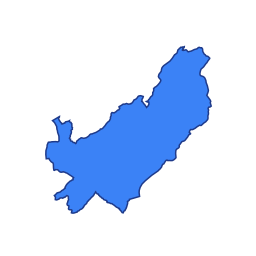 outline of Aquitania, Boyacá, Colombia, rotated 195°
{"feature_id": "7082276B52968134659257", "entity_name": "Aquitania", "entity_type": "district", "adm_level": 2, "iso_a3": "COL", "parent_name": "Colombia", "parent_adm1": "Boyacá", "projection": "robinson", "projection_center": [-72.858, 5.421], "detail": "fine", "context": "isolated", "style": "filled", "palette": "blue", "viewbox_px": 256, "rotation_deg": 195, "n_neighbors": 0, "source": "geoboundaries", "source_scale": "gbopen_adm2", "svg_char_len": 5809}
<svg xmlns="http://www.w3.org/2000/svg" viewBox="0 0 256 256"><g transform="rotate(195 128 128)"><path d="M99.1,64.9L100.5,68.3L101.0,70.7L100.9,73.8L99.9,77.6L97.6,81.6L92.8,88.5L87.8,94.4L87.5,95.2L86.9,95.9L86.9,96.1L86.2,97.1L85.8,98.3L85.4,99.2L85.5,100.2L85.1,101.7L84.9,102.1L84.2,102.5L83.3,105.5L82.8,106.6L82.0,107.1L81.1,106.8L80.1,107.2L77.8,107.7L76.6,108.1L75.4,109.3L74.2,111.1L74.0,111.9L75.4,115.7L76.0,118.8L75.5,120.2L74.1,121.7L73.7,122.3L73.6,123.3L74.0,124.4L73.9,125.2L73.5,125.8L72.5,128.6L72.1,129.0L70.6,129.9L69.9,130.6L69.2,132.0L68.9,133.0L68.7,133.3L68.1,134.7L67.5,137.1L66.4,138.1L66.1,138.6L66.3,139.1L67.1,139.2L67.7,139.6L67.7,141.0L67.3,142.4L67.0,142.8L65.6,143.0L64.8,143.5L63.1,145.1L61.5,147.2L59.6,149.2L58.2,149.3L57.8,149.6L56.5,151.7L55.6,153.0L54.6,154.0L53.3,156.7L53.2,157.3L53.3,158.3L54.0,160.4L53.9,162.2L54.2,163.5L54.7,164.3L54.8,166.3L55.5,167.1L55.7,167.9L55.5,168.9L54.1,169.6L53.3,170.7L55.1,173.7L55.0,175.2L55.8,176.2L60.3,179.9L60.0,182.9L60.0,184.4L60.1,185.2L62.2,189.2L64.4,192.3L64.9,193.7L65.5,194.6L66.7,196.1L67.5,196.7L68.9,197.2L71.0,197.3L71.7,197.5L72.3,198.3L72.7,199.5L72.8,202.0L72.7,203.7L70.8,206.6L69.3,210.6L68.8,211.3L68.1,213.7L67.1,216.1L67.1,216.6L67.7,216.9L68.4,217.4L69.5,217.9L71.2,217.8L72.3,218.7L73.5,219.1L75.6,221.3L76.4,223.6L77.6,224.6L78.8,224.2L79.8,224.4L80.4,224.2L81.0,223.8L81.5,222.7L81.8,222.5L82.2,222.1L84.2,221.0L86.9,218.6L87.8,218.2L89.5,217.2L89.8,217.2L91.8,218.5L92.6,218.4L93.2,217.9L94.8,217.2L95.5,217.2L95.6,217.8L95.0,218.1L94.9,218.3L95.6,218.9L95.6,219.6L94.8,219.9L94.6,220.5L94.7,221.1L95.5,220.5L96.3,220.4L96.9,219.9L97.9,219.7L98.2,218.9L98.9,218.4L99.3,217.3L100.0,216.3L100.0,213.7L100.2,212.9L101.9,210.7L102.0,210.7L103.3,206.7L104.6,203.9L104.9,203.3L109.6,197.5L110.3,196.2L110.8,194.8L110.8,193.4L110.6,191.4L112.0,187.9L112.0,185.7L111.7,185.2L111.2,184.6L109.0,183.1L108.6,182.4L108.6,181.9L109.0,180.1L110.5,176.9L111.6,175.2L112.0,174.9L112.8,174.0L113.0,173.3L113.5,172.9L112.9,171.0L112.9,169.7L113.3,168.8L112.9,167.1L112.8,166.3L113.2,165.2L114.1,164.0L114.6,162.6L114.7,161.8L114.8,161.5L115.3,161.0L115.7,159.5L116.1,159.0L117.1,158.4L116.2,158.1L114.7,158.4L114.3,157.6L114.0,156.4L114.3,154.6L115.4,152.7L115.8,153.2L116.8,153.9L118.1,155.1L118.9,155.4L120.8,157.1L121.6,157.2L121.6,158.2L121.9,159.4L121.4,161.0L121.4,162.4L124.1,162.5L125.8,161.8L126.1,161.3L126.5,161.0L126.8,159.8L127.6,158.3L128.0,157.8L129.5,156.6L129.9,154.8L131.0,152.5L131.5,152.5L132.3,151.6L133.1,151.5L133.8,151.1L135.8,151.3L137.2,150.2L138.0,150.1L139.0,149.7L140.3,148.1L142.2,146.3L141.7,145.3L141.1,145.1L141.1,144.6L141.5,143.2L142.6,142.6L143.3,141.5L143.6,140.8L144.4,140.1L144.9,139.3L146.0,138.9L147.4,138.8L147.6,138.6L148.0,137.2L147.5,135.8L147.8,133.8L147.5,133.1L147.4,132.3L147.9,129.9L148.7,129.0L150.0,126.7L150.7,124.5L152.5,120.9L153.6,120.0L154.4,119.9L154.7,118.7L157.6,115.6L160.3,113.7L161.0,113.1L162.5,112.5L163.2,111.6L163.8,110.2L164.3,109.5L165.8,107.8L168.0,106.6L170.4,106.5L170.9,106.3L171.3,105.6L172.4,104.6L173.0,103.5L173.9,102.4L174.1,101.8L174.1,100.5L174.4,99.5L174.6,99.4L176.0,100.1L177.2,99.8L178.6,100.8L179.8,100.6L180.5,101.4L180.6,102.3L181.4,102.4L181.9,102.8L181.9,103.5L181.5,104.7L181.9,105.8L181.6,106.8L181.8,107.4L181.5,107.9L181.6,109.6L182.2,110.4L182.4,111.0L182.3,111.3L181.4,112.2L181.8,113.6L181.8,114.1L182.5,114.4L182.7,115.6L183.2,116.6L183.2,117.4L183.9,117.6L184.2,118.3L184.7,118.7L186.0,118.8L186.5,119.6L186.5,119.9L187.3,119.1L189.9,117.8L190.4,116.8L190.4,116.3L191.0,116.2L191.9,115.3L192.9,114.8L193.2,114.9L193.3,115.5L194.5,116.0L196.6,117.9L197.4,118.9L197.6,119.5L197.1,120.7L197.2,121.3L202.8,115.6L200.3,114.2L197.3,111.0L196.3,108.4L195.5,107.2L194.8,105.5L193.0,102.9L192.5,101.9L191.3,97.8L191.5,97.2L192.3,96.4L194.1,96.2L195.4,95.8L198.2,94.9L199.9,94.0L200.6,94.0L201.3,93.5L201.7,90.6L201.3,88.8L201.4,84.9L200.5,81.1L199.0,77.1L196.5,78.1L195.7,77.1L193.5,75.5L191.4,74.8L190.8,73.9L189.6,70.1L188.7,68.1L188.3,68.0L187.9,68.2L187.7,68.4L187.4,69.0L185.1,69.5L183.6,68.5L183.1,68.4L182.2,67.9L181.3,68.0L180.2,68.3L179.3,69.0L178.9,69.0L178.5,68.8L177.6,69.0L176.9,68.7L175.2,68.6L172.3,67.6L170.3,67.0L167.7,66.0L168.1,65.0L167.7,64.1L167.8,63.6L168.8,63.2L169.1,62.5L170.1,61.8L171.9,59.0L172.7,57.4L173.5,54.3L173.1,53.7L174.8,51.3L175.7,50.5L176.5,49.2L177.2,48.4L179.1,47.3L179.8,46.8L180.9,44.6L181.7,43.8L181.0,43.1L180.2,42.5L179.7,40.0L178.5,40.0L177.6,40.5L176.0,41.8L175.8,42.4L175.4,42.8L173.8,43.4L172.8,43.3L172.4,43.9L171.6,44.7L171.2,44.6L170.9,44.9L169.6,46.9L168.6,46.8L167.8,46.2L167.5,44.8L166.8,43.3L167.1,42.2L167.1,40.4L167.3,39.3L167.1,38.6L166.9,38.1L166.2,37.6L165.0,37.5L164.8,36.9L164.6,34.5L164.3,34.2L163.6,33.9L161.3,34.3L161.1,34.2L160.7,33.5L160.8,31.7L160.7,31.4L159.2,31.5L158.0,32.0L155.3,33.7L155.3,34.3L155.1,34.6L154.0,35.3L153.2,36.7L152.7,37.2L152.1,37.5L151.1,38.7L150.9,39.5L150.5,39.8L150.6,40.5L150.2,41.1L150.1,42.0L148.5,44.3L148.2,46.2L147.9,46.9L147.4,47.3L147.3,48.1L146.8,48.6L146.5,49.3L146.2,49.6L145.3,51.7L145.1,51.8L144.1,53.3L143.9,54.0L143.5,54.8L143.5,55.7L142.8,56.9L142.9,57.5L142.7,57.9L142.2,57.2L141.0,56.7L140.6,56.3L139.7,56.5L139.4,56.4L138.7,55.4L137.9,55.2L137.2,54.5L136.1,54.3L135.0,53.5L133.9,53.5L133.1,52.6L131.2,52.4L130.2,52.4L130.0,52.2L129.4,52.0L129.1,51.7L129.3,51.1L128.8,50.7L128.1,50.8L128.0,50.7L126.8,50.9L124.9,50.5L123.9,50.8L122.9,50.3L121.3,49.8L118.8,48.6L117.0,48.3L116.2,47.8L115.8,48.1L115.4,48.0L115.0,47.0L113.7,46.4L113.0,45.8L112.9,45.6L111.6,44.7L110.6,44.9L110.6,46.2L110.3,46.8L109.5,47.5L109.6,47.9L109.0,49.8L109.0,50.9L108.8,51.4L108.9,52.3L108.8,54.8L109.2,56.6L109.5,56.9L109.4,57.1L108.6,57.7L108.2,58.3L108.0,58.8L108.2,59.4L99.1,64.9Z" fill="#3b82f6" stroke="#1e3a8a" stroke-width="1.5"/></g></svg>